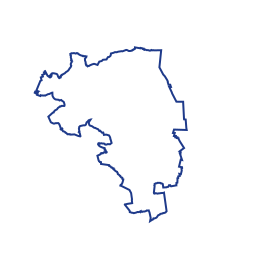 outline of Quecholac, Puebla, Mexico, rotated 242°
{"feature_id": "50627088B94790065946513", "entity_name": "Quecholac", "entity_type": "district", "adm_level": 2, "iso_a3": "MEX", "parent_name": "Mexico", "parent_adm1": "Puebla", "projection": "albers", "projection_center": [-97.631, 18.95], "detail": "fine", "context": "isolated", "style": "outline", "palette": "blue", "viewbox_px": 256, "rotation_deg": 242, "n_neighbors": 0, "source": "geoboundaries", "source_scale": "gbopen_adm2", "svg_char_len": 5718}
<svg xmlns="http://www.w3.org/2000/svg" viewBox="0 0 256 256"><g transform="rotate(242 128 128)"><path d="M218.1,81.5L216.5,81.3L216.6,79.9L214.9,79.8L215.1,77.2L213.4,77.0L213.6,74.8L210.7,74.1L210.8,72.8L204.1,64.7L202.5,66.0L202.5,65.6L202.2,65.7L201.7,65.1L203.5,64.0L203.2,63.1L203.5,62.9L202.9,62.2L200.3,63.8L199.9,63.3L197.4,65.6L197.9,66.3L197.4,66.7L197.1,67.5L196.5,68.2L196.0,69.5L195.5,70.0L195.4,73.3L195.0,74.4L194.9,77.2L194.7,77.8L192.0,76.5L190.8,76.4L189.2,76.5L187.9,77.0L187.1,77.6L185.4,80.1L184.5,80.4L184.1,82.2L183.1,82.5L181.4,83.4L180.9,83.5L178.5,83.0L178.0,82.5L177.5,82.4L177.4,82.0L178.7,79.8L178.6,78.5L179.0,78.2L178.8,77.2L178.6,75.6L177.8,74.0L177.8,71.8L177.3,70.5L176.7,69.8L176.9,69.5L176.7,69.1L176.8,68.6L175.4,63.0L169.4,62.6L168.9,62.8L166.9,64.3L166.5,65.0L166.3,66.2L165.0,68.8L163.6,69.1L161.7,68.9L159.0,68.4L158.5,67.9L158.3,68.0L158.5,68.5L158.6,69.6L158.1,69.7L157.3,69.0L156.9,68.9L156.3,69.1L155.6,69.1L154.8,70.0L153.6,70.7L153.1,70.6L152.6,71.1L151.9,71.4L150.9,71.6L150.6,72.5L149.9,73.1L149.9,73.8L149.1,74.2L147.5,77.7L144.4,80.3L142.9,82.0L142.4,82.3L143.3,82.2L145.7,82.9L147.0,82.8L147.3,83.4L147.6,83.4L147.8,83.0L148.4,83.7L150.4,84.3L150.8,84.9L151.7,85.2L152.2,86.6L151.3,89.9L150.6,91.2L150.7,92.3L152.4,94.1L152.7,95.5L153.3,96.9L153.0,97.6L153.1,98.6L153.0,98.9L151.6,96.3L151.0,95.9L150.5,95.6L148.8,95.3L148.1,95.5L146.4,97.1L144.0,98.3L143.4,99.2L142.2,99.9L141.2,100.9L140.5,101.1L138.8,101.3L138.7,102.1L136.0,102.9L135.6,104.0L133.2,103.5L132.7,105.0L132.2,105.9L130.3,107.8L128.1,107.8L126.3,107.2L126.2,107.3L122.5,106.5L122.1,104.5L122.6,103.6L123.3,102.6L123.4,101.4L123.7,100.6L124.4,99.9L125.1,99.9L125.8,99.1L126.3,98.1L127.2,97.1L127.3,95.8L127.7,95.4L128.3,95.3L128.3,94.5L127.6,93.9L127.0,94.0L126.3,94.0L124.7,94.7L122.7,96.3L121.5,97.5L121.3,97.9L120.2,97.7L119.8,97.1L119.3,97.3L118.9,97.8L118.0,97.6L116.7,97.9L116.5,97.7L116.5,96.9L117.1,96.2L117.8,95.7L117.8,95.0L117.5,94.0L117.8,93.7L117.8,93.3L118.2,93.1L118.4,92.7L118.0,92.3L118.2,91.8L117.8,91.3L117.7,90.8L117.9,88.0L113.5,86.9L112.2,86.8L111.5,87.3L111.1,87.2L110.5,88.1L108.9,87.3L104.1,93.9L103.3,93.5L103.1,93.6L102.4,94.5L101.0,94.7L100.7,95.3L100.1,95.3L99.2,96.3L98.5,95.8L97.9,96.5L97.3,96.2L95.6,96.9L94.4,97.8L93.7,97.6L93.0,97.8L92.1,97.4L90.6,98.2L89.7,98.3L89.4,98.7L88.9,98.5L87.6,98.8L87.1,99.4L86.6,99.6L85.8,99.1L85.1,99.2L84.8,99.7L84.6,99.6L82.4,97.5L81.4,96.2L81.2,94.7L80.7,94.2L79.9,95.0L72.6,100.2L69.1,100.2L64.1,98.4L63.2,98.1L62.7,97.6L59.7,96.4L61.3,91.8L61.6,90.4L62.0,89.5L61.8,89.2L54.2,90.6L52.9,90.1L52.5,90.7L51.7,91.2L50.7,92.6L50.1,93.1L49.5,95.5L49.4,96.9L48.8,97.8L48.6,98.4L48.6,100.2L48.1,100.0L48.2,100.4L48.0,100.7L47.3,101.0L47.3,101.8L46.6,103.1L46.2,104.8L46.4,105.8L46.0,106.5L45.6,106.9L45.5,107.6L43.2,107.3L37.9,105.8L35.4,103.8L35.6,106.2L35.5,107.0L36.2,108.0L35.8,108.3L35.5,110.6L35.6,111.4L36.8,113.7L36.6,115.4L37.0,116.2L36.4,118.0L36.4,119.2L36.1,119.5L35.8,121.4L36.4,123.0L54.0,129.4L54.0,128.9L55.1,126.5L55.3,125.7L56.0,124.1L56.1,123.4L57.5,121.8L57.5,120.8L58.0,120.3L58.8,120.5L64.3,124.3L64.9,124.3L65.1,124.7L66.1,125.2L66.1,126.7L65.7,127.3L65.7,128.4L64.4,130.7L64.1,131.0L63.5,131.1L63.2,131.8L62.2,132.4L58.9,131.2L57.5,134.3L57.6,134.9L57.2,135.9L57.6,136.7L58.2,137.3L57.7,138.4L56.6,138.4L56.3,138.6L54.9,143.0L55.0,143.4L54.7,143.8L56.8,145.0L56.6,145.9L58.9,147.3L60.4,148.0L60.2,148.8L61.7,149.6L61.4,151.3L63.4,151.8L62.4,153.0L65.2,155.5L67.0,156.1L67.1,156.9L68.0,157.3L69.9,154.9L75.3,159.7L74.4,160.7L80.9,161.8L80.6,162.1L81.4,162.4L81.6,162.2L82.1,162.8L81.9,163.1L82.7,163.4L83.2,162.9L84.0,168.1L91.6,167.5L94.3,167.5L95.3,167.8L96.1,166.5L96.7,167.1L97.6,165.5L98.5,166.4L99.4,164.8L101.6,166.9L102.5,165.4L105.0,167.9L98.7,178.9L100.6,179.5L108.4,182.9L109.3,181.6L109.9,181.8L125.3,189.0L128.5,183.1L137.8,183.2L138.8,183.4L144.9,183.7L144.1,185.2L146.4,185.6L147.2,184.1L150.1,184.7L150.4,185.0L151.9,185.1L156.4,184.8L158.7,184.2L166.8,184.2L181.1,193.8L184.4,187.3L184.7,187.1L185.1,186.1L185.7,185.5L185.5,185.3L186.0,184.5L185.9,183.8L186.1,183.5L187.3,182.3L188.0,181.0L189.6,179.7L189.4,179.3L189.7,179.1L190.1,179.1L189.9,178.8L190.3,178.6L190.5,178.7L190.9,178.1L191.6,178.1L192.8,176.7L192.5,176.4L195.9,172.0L194.7,171.4L194.6,170.1L194.8,170.2L194.7,167.8L194.5,167.7L194.7,167.0L195.1,165.8L195.6,164.9L197.3,163.7L197.8,163.0L198.3,159.1L198.8,158.5L200.0,155.1L200.2,153.6L201.1,152.1L201.2,150.5L201.8,147.9L200.6,147.1L199.9,146.3L199.6,144.7L200.0,143.5L198.6,141.2L200.0,137.9L199.5,136.2L200.1,133.8L198.0,130.7L200.0,128.8L200.6,128.1L201.0,126.3L201.2,124.0L201.1,122.7L201.4,122.1L201.4,121.3L202.1,121.2L202.6,120.6L202.9,120.5L203.7,121.0L204.1,120.7L205.4,121.1L205.9,121.5L207.7,121.7L209.4,122.5L210.2,124.5L210.7,124.9L211.1,124.2L211.7,123.8L212.1,122.6L212.8,122.2L212.8,121.8L213.2,121.7L213.8,120.9L215.4,119.6L215.9,119.3L216.2,119.3L216.8,118.8L217.6,118.7L218.2,118.0L218.2,116.9L219.5,115.5L219.8,114.6L220.6,113.1L220.4,112.7L220.4,111.8L219.9,111.8L219.4,111.4L219.0,111.6L218.6,111.3L218.3,111.4L216.9,110.5L215.7,110.4L215.4,110.1L214.9,110.2L214.4,109.6L214.1,109.9L213.5,110.0L213.5,109.7L212.5,109.1L212.5,108.8L211.3,107.4L210.7,107.3L210.0,107.0L209.6,107.1L209.3,106.8L208.5,105.7L208.0,104.3L207.2,103.1L206.6,101.4L206.5,99.5L206.0,97.9L206.0,95.7L205.6,94.0L205.8,94.2L206.0,94.1L205.4,92.7L205.2,93.0L205.0,92.9L205.1,92.6L204.4,92.2L204.5,92.0L204.3,92.0L204.3,90.7L204.6,90.6L206.1,90.4L208.2,90.7L208.8,90.6L209.3,90.3L210.8,88.6L211.7,87.3L211.9,86.2L210.9,83.8L210.9,83.1L210.5,83.2L210.0,83.7L210.0,84.9L209.5,84.5L209.2,83.7L209.2,82.9L209.4,82.7L211.9,81.5L218.1,81.5Z" fill="none" stroke="#1e3a8a" stroke-width="2"/></g></svg>